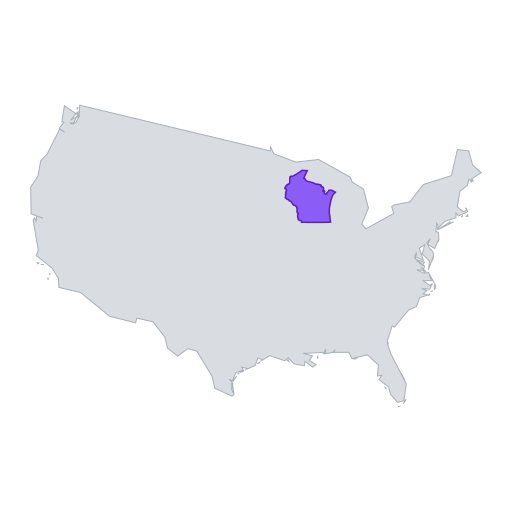 Wisconsin highlighted on a map of United States of America
{"feature_id": "USA-3553", "entity_name": "Wisconsin", "entity_type": "State", "adm_level": 1, "iso_a3": "USA", "parent_name": "United States of America", "parent_adm1": "", "projection": "albers", "projection_center": [-89.863, 44.9], "detail": "fine", "context": "in_parent", "style": "filled", "palette": "violet", "viewbox_px": 512, "rotation_deg": 0, "n_neighbors": 0, "source": "natural_earth", "source_scale": "10m", "svg_char_len": 7727}
<svg xmlns="http://www.w3.org/2000/svg" viewBox="0 0 512 512"><path d="M423.3,184.5L451.4,175.6L457.4,149.6L468.7,150.8L472.6,165.0L481.3,172.7L471.4,179.0L471.4,181.8L468.9,179.0L467.5,185.3L459.9,191.3L457.3,206.9L463.6,211.8L466.8,210.2L465.3,207.8L466.6,208.8L467.6,211.7L458.5,216.0L456.0,213.2L455.9,217.8L445.0,221.3L437.6,228.7L437.9,225.2L436.7,223.3L435.9,231.5L438.5,232.4L438.9,239.0L434.6,248.5L427.6,244.4L430.4,238.5L426.8,242.9L429.5,248.4L432.6,251.3L433.7,255.0L428.5,269.8L429.4,260.9L422.2,253.9L424.7,244.7L419.3,248.2L423.4,260.5L417.2,257.6L415.3,258.3L416.5,254.1L416.2,252.9L414.7,256.3L415.0,259.0L424.4,262.4L422.8,265.0L418.3,261.2L416.7,260.7L422.3,265.2L424.6,265.9L423.8,269.3L420.8,267.3L425.7,271.4L424.8,272.2L422.4,270.1L416.9,269.8L424.2,273.3L428.4,272.4L434.5,283.3L429.3,275.1L431.4,280.6L423.2,280.8L429.9,285.5L432.4,283.4L429.7,289.2L421.8,288.6L426.9,290.6L423.2,293.8L428.3,295.0L419.8,297.5L416.4,306.6L408.5,310.1L394.4,327.2L392.2,325.8L387.5,340.4L387.4,343.8L391.0,354.1L406.3,383.9L403.9,400.7L397.6,402.4L390.5,394.3L388.7,387.1L379.0,379.5L381.8,375.4L377.4,376.0L378.4,365.0L367.4,354.9L351.9,358.5L348.8,352.3L333.4,352.4L335.3,349.9L332.7,352.4L325.7,353.7L325.6,348.9L324.5,352.3L303.4,353.4L312.4,355.9L309.3,360.4L316.2,364.7L312.7,367.1L305.0,361.3L304.5,365.8L294.0,363.8L288.3,357.9L284.7,360.7L269.6,355.7L260.3,361.4L262.7,359.8L258.0,357.9L255.1,365.5L245.3,369.8L247.6,368.5L241.5,367.2L243.4,370.0L235.9,372.7L232.4,380.9L229.2,379.2L231.8,381.8L231.6,389.6L234.1,394.6L231.8,396.1L214.8,388.3L212.1,376.4L196.9,351.2L187.9,348.6L177.6,356.1L167.7,348.3L164.7,336.9L153.0,321.8L136.7,318.2L135.6,322.8L109.7,316.4L80.6,292.6L58.8,287.4L58.5,278.7L52.2,268.2L36.2,255.6L38.3,250.2L33.1,220.0L34.6,217.7L36.3,222.1L36.6,216.0L43.0,218.2L31.1,213.9L30.7,187.1L38.0,176.0L40.6,161.1L47.3,153.7L59.6,129.2L64.6,132.2L59.3,128.4L63.9,122.3L61.9,121.5L64.4,105.7L76.1,113.8L70.5,120.2L76.8,116.6L73.9,122.7L70.2,123.0L72.3,124.2L75.7,122.6L79.2,116.5L79.7,105.2L270.2,150.9L270.5,146.8L273.9,153.8L295.9,162.1L318.6,159.5L350.4,177.2L352.1,182.0L363.5,189.1L368.4,208.0L361.8,224.1L365.9,228.8L393.7,213.5L391.7,206.5L394.1,204.9L409.7,202.0L423.3,184.5ZM449.0,223.7L453.7,221.8L437.5,229.9L450.5,221.5L449.0,223.7ZM78.2,111.7L78.2,116.4L77.8,117.0L76.7,113.0L78.2,111.7ZM233.9,393.3L232.2,386.2L232.8,382.3L232.7,386.4L233.9,393.3ZM472.6,179.3L473.1,181.5L472.3,181.2L472.6,179.3ZM288.4,359.9L288.8,361.6L287.1,360.2L288.4,359.9ZM40.9,264.5L43.3,264.4L43.3,264.7L40.9,264.5ZM38.9,263.0L37.7,263.8L37.3,262.6L38.9,263.0ZM462.9,215.3L461.9,217.0L461.5,216.7L462.9,215.3ZM234.4,378.9L232.8,381.8L236.6,376.1L234.4,378.9ZM401.7,374.1L404.6,379.9L401.2,373.5L401.7,374.1ZM49.8,273.4L50.1,275.4L49.6,273.5L49.8,273.4ZM405.0,401.5L403.2,403.6L406.0,399.2L405.0,401.5ZM435.8,287.1L434.2,289.8L434.8,283.8L435.8,287.1ZM77.8,107.7L77.3,108.9L76.8,108.0L77.8,107.7ZM243.4,371.3L239.9,372.4L243.6,370.8L243.4,371.3ZM467.6,214.8L467.9,216.4L466.4,216.3L467.6,214.8ZM48.1,277.9L48.2,280.1L47.8,278.0L48.1,277.9ZM239.0,373.5L237.6,374.2L238.9,373.0L239.0,373.5ZM433.4,257.7L431.9,261.4L433.4,256.4L433.4,257.7ZM259.2,362.8L257.0,363.8L260.2,361.9L259.2,362.8ZM388.1,342.0L387.9,344.6L387.6,342.8L388.1,342.0ZM429.0,295.3L428.4,295.9L430.1,293.6L429.0,295.3ZM357.5,357.6L354.9,359.1L353.9,358.9L357.5,357.6ZM324.7,353.3L324.3,353.8L322.8,353.7L324.7,353.3ZM385.8,387.6L386.3,389.4L385.2,387.3L385.8,387.6ZM318.0,357.0L317.6,358.7L317.5,355.7L318.0,357.0ZM399.3,406.4L397.8,406.8L399.8,406.0L399.3,406.4ZM438.7,240.2L438.0,242.0L438.8,239.5L438.7,240.2ZM432.7,290.6L432.0,291.3L431.8,291.3L432.7,290.6Z" fill="#d9dde1" stroke="#a8b0b8" stroke-width="1"/><path d="M331.4,190.1L331.6,190.2L332.1,190.5L332.4,190.6L332.7,190.7L332.9,190.9L333.2,191.0L333.7,191.3L333.9,191.4L334.2,191.5L334.4,191.7L334.7,191.8L334.9,191.9L335.2,192.1L335.4,192.2L335.0,192.7L334.5,193.1L334.0,193.6L333.6,194.0L333.4,194.4L332.9,195.0L332.6,195.5L332.4,196.0L332.1,196.6L331.9,197.4L331.4,198.7L331.1,199.7L330.9,200.7L330.6,201.8L330.5,202.8L330.1,204.0L330.0,205.1L329.7,206.2L329.6,207.2L329.4,208.4L329.4,209.1L329.3,210.5L329.3,211.5L329.3,212.6L329.3,213.1L329.5,214.1L329.7,215.4L329.9,216.8L330.0,217.8L330.1,218.8L330.3,219.9L330.4,220.7L330.6,222.1L328.9,222.2L327.4,222.3L324.4,222.3L323.0,222.4L313.1,222.4L310.2,222.4L301.7,222.3L301.8,222.1L301.8,221.9L301.7,221.8L301.5,221.5L301.5,221.3L301.3,220.9L301.2,220.7L300.8,220.6L300.5,220.5L299.1,220.2L298.8,220.0L298.6,219.9L298.2,219.2L298.2,218.6L298.1,218.4L298.1,218.2L297.8,217.9L297.8,217.7L297.7,217.5L297.7,217.0L297.7,216.9L297.7,216.7L297.7,216.3L297.6,216.0L297.6,215.2L297.7,214.8L298.1,214.3L298.3,213.9L298.3,213.5L298.1,213.3L297.4,213.0L297.3,212.9L297.2,212.5L297.2,212.4L297.1,212.1L297.0,211.9L297.0,211.7L297.1,211.3L297.1,211.1L297.0,210.7L297.1,210.2L297.0,209.8L297.0,209.7L297.1,209.1L297.1,208.9L297.1,208.7L296.9,208.4L296.8,208.2L296.8,207.7L296.8,207.2L296.7,207.0L296.7,206.9L296.2,206.7L296.0,206.3L295.9,206.2L295.9,205.9L295.7,205.8L295.4,205.8L294.9,205.4L294.1,205.3L293.9,205.3L293.0,204.4L292.7,204.3L292.6,204.0L292.0,202.9L291.7,202.4L290.6,201.2L290.2,201.1L289.3,200.9L289.2,200.8L289.1,200.7L288.9,200.1L288.6,199.8L288.4,199.6L288.1,199.5L286.9,199.3L286.6,199.0L286.5,198.9L286.4,198.7L285.8,198.1L285.4,197.8L285.2,197.6L285.5,196.9L285.6,196.6L285.5,196.1L285.7,195.8L285.7,195.3L285.6,194.9L285.5,194.4L285.4,194.1L285.5,194.0L285.8,193.8L285.9,193.6L285.9,193.4L285.7,193.0L285.7,192.9L285.8,192.6L285.8,192.1L285.8,191.9L285.9,191.7L286.0,191.6L286.2,191.4L286.3,191.2L286.4,190.9L286.6,190.6L286.6,190.4L286.6,190.2L286.4,189.8L286.2,189.7L286.1,189.1L286.0,188.9L285.7,188.8L285.3,188.8L285.0,188.7L284.9,188.3L285.0,187.5L285.0,187.3L285.1,187.2L285.8,186.6L286.0,186.3L286.0,185.9L286.3,185.4L286.5,185.1L286.9,185.0L287.3,184.7L287.5,184.7L287.7,184.4L287.8,184.4L288.2,184.3L288.3,184.2L288.5,184.0L288.6,183.9L288.8,183.9L289.1,183.9L289.2,183.7L289.3,183.6L289.5,183.4L289.7,183.0L289.9,177.1L290.0,177.1L290.3,177.1L290.5,177.0L290.5,176.7L290.8,176.5L290.8,176.4L290.9,176.2L291.0,176.1L292.3,176.4L296.0,174.4L296.8,173.9L300.6,171.4L301.3,170.8L302.1,170.3L303.4,170.4L304.7,170.5L305.3,170.5L307.2,170.6L306.6,172.0L305.1,175.2L304.3,177.1L304.1,177.6L303.8,178.2L303.9,178.4L303.9,178.5L304.0,178.6L304.3,178.5L304.5,178.7L304.7,178.8L304.8,178.9L305.0,178.9L305.1,179.0L305.3,179.1L305.4,179.3L305.9,180.5L306.0,180.8L306.9,181.1L307.8,181.4L311.0,182.2L312.1,182.5L312.6,182.7L313.5,182.9L314.1,183.2L315.6,184.1L315.8,184.1L316.0,184.1L316.3,184.1L316.5,184.1L316.8,184.2L317.1,184.4L317.4,184.3L317.5,184.2L317.6,184.3L317.7,184.2L317.8,184.2L318.0,184.2L318.1,184.3L318.3,184.4L318.5,184.3L318.8,184.5L319.1,184.5L319.4,184.7L319.6,184.7L319.8,184.7L320.0,184.7L320.1,184.8L320.3,184.9L320.5,184.8L320.8,185.0L321.0,185.1L321.3,185.6L321.3,185.8L321.2,185.9L321.1,186.2L321.0,186.3L321.1,186.5L321.3,186.6L321.6,186.7L321.9,186.6L322.0,186.7L322.1,186.8L322.3,186.9L322.7,187.0L322.8,187.0L323.0,187.2L323.2,187.4L323.3,187.6L323.5,187.7L323.5,187.8L323.4,188.0L323.6,188.4L323.6,188.5L323.6,188.8L323.4,188.9L323.4,189.0L323.5,189.3L323.5,189.6L323.5,189.8L323.4,190.0L323.1,190.3L323.1,190.5L323.1,190.8L323.0,191.0L323.2,191.3L323.3,191.3L323.4,191.2L323.5,191.2L323.7,191.3L323.8,191.3L324.4,191.0L324.4,190.9L324.5,190.9L324.5,191.0L324.7,191.3L324.6,191.5L324.3,192.1L324.2,192.5L324.1,193.0L324.3,193.3L324.5,193.5L324.8,193.8L325.2,194.0L325.6,194.1L326.1,194.2L326.5,194.2L326.5,193.6L326.7,192.9L327.4,192.4L327.9,191.9L328.2,191.5L328.4,191.2L328.7,190.7L329.0,190.2L329.4,190.2L330.2,190.2L331.4,190.1Z" fill="#8b5cf6" stroke="#5b21b6" stroke-width="1.5"/></svg>